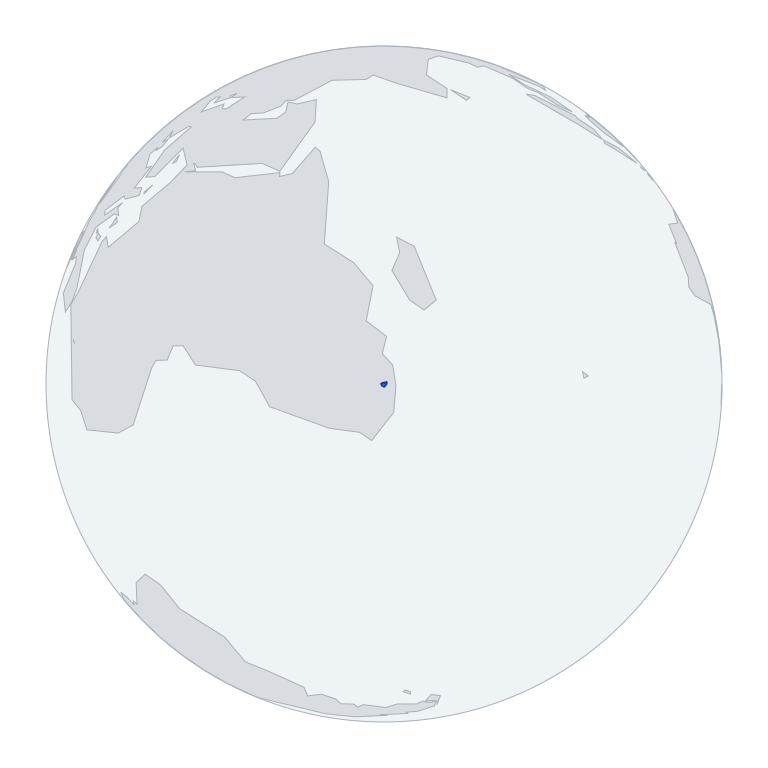 Thaba-Tseka highlighted on a globe, orthographic projection, rotated 313°
{"feature_id": "LSO-1215", "entity_name": "Thaba-Tseka", "entity_type": "District", "adm_level": 1, "iso_a3": "LSO", "parent_name": "Lesotho", "parent_adm1": "", "projection": "orthographic", "projection_center": [28.641, -29.5], "detail": "fine", "context": "on_globe", "style": "filled", "palette": "blue", "viewbox_px": 768, "rotation_deg": 313, "n_neighbors": 0, "source": "natural_earth", "source_scale": "10m", "svg_char_len": 5845}
<svg xmlns="http://www.w3.org/2000/svg" viewBox="0 0 768 768"><g transform="rotate(313 384 384)"><circle cx="384" cy="384" r="338" fill="#eef3f6" stroke="#a8b0b8"/><path d="M48.9,340.7L48.8,341.2L52.2,333.5L52.9,342.3L51.9,352.1L54.4,348.5L54.5,353.6L69.7,338.2L82.0,339.1L84.6,357.3L80.3,387.9L90.2,440.0L86.2,472.0L94.5,493.6L107.6,532.1L103.9,541.0L114.6,550.0L120.5,563.2L120.8,570.6L129.2,580.1L129.8,585.4L135.3,587.4L148.6,606.0L159.2,612.0L172.1,626.0L179.0,628.9L179.4,631.0L182.9,635.1L187.4,637.9L183.0,640.5L167.7,631.9L159.0,624.0L159.2,626.0L139.3,606.5L144.1,612.6L120.8,589.7L103.1,566.3L69.7,507.4L66.5,499.6L58.3,474.0L52.2,447.8L48.1,421.2L46.2,394.4L46.5,367.5L48.9,340.7ZM194.5,637.8L185.3,641.5L188.6,638.7L180.6,630.5L189.1,630.2L194.5,637.8ZM175.3,615.0L172.1,607.8L174.3,607.8L177.0,612.9L175.3,615.0ZM355.0,47.3L342.4,49.4L332.0,51.0L330.2,50.4L355.0,47.3ZM694.0,249.4L694.2,250.0L708.4,289.5L710.5,297.8L708.9,301.7L707.6,294.9L695.6,264.3L698.6,282.2L707.8,310.9L711.2,336.0L706.3,320.5L702.3,298.3L698.0,286.9L695.5,270.2L684.8,240.1L679.6,236.5L676.5,227.0L661.1,200.0L651.6,195.0L639.0,204.2L643.1,228.6L636.2,234.9L613.3,189.7L602.6,165.4L594.6,163.3L570.8,138.9L530.4,124.9L524.5,118.9L516.9,119.1L500.1,111.0L491.0,102.4L480.9,101.0L505.4,124.5L516.1,126.6L524.8,121.3L529.6,129.5L545.8,140.6L528.7,154.8L468.5,162.7L462.3,144.5L415.1,99.6L416.4,95.7L416.2,95.2L415.6,94.4L411.5,100.7L403.3,93.6L428.8,121.1L433.2,134.3L467.6,163.7L464.5,166.1L475.5,173.4L510.3,172.3L510.6,178.5L494.3,205.5L445.7,244.9L452.1,278.9L448.4,308.9L418.0,327.9L420.6,353.4L404.9,362.1L403.8,377.3L391.1,393.7L370.0,410.4L334.2,413.5L332.0,399.1L314.1,373.8L289.4,315.9L298.4,288.2L295.2,269.2L269.3,233.2L275.0,211.0L268.0,203.8L253.7,209.1L245.7,201.1L237.0,203.2L183.0,228.5L166.8,223.0L147.9,198.0L157.7,180.3L159.9,166.4L228.4,100.9L242.5,97.8L296.0,80.6L302.6,80.5L295.8,89.1L335.6,94.0L348.9,85.8L385.4,90.3L409.9,90.6L419.5,76.1L379.3,74.9L372.8,68.7L405.3,64.0L440.5,67.6L439.1,65.4L417.3,59.1L425.7,56.9L409.7,57.1L415.9,59.2L406.1,59.9L399.8,58.1L403.0,57.1L392.5,56.1L379.8,62.5L384.7,65.4L357.0,67.7L362.5,73.0L354.9,76.3L342.6,68.6L344.1,65.6L321.0,61.5L316.9,64.5L338.4,69.1L331.5,69.2L326.2,75.0L324.8,70.8L302.4,66.4L277.6,73.5L245.3,93.7L231.0,99.7L219.3,102.0L231.8,87.5L262.4,76.0L267.2,72.1L261.7,71.2L271.5,68.3L273.0,66.9L284.6,63.5L301.7,57.5L313.6,54.9L320.9,52.2L328.1,50.9L321.7,52.5L323.6,52.9L353.3,49.2L359.2,48.3L361.6,47.3L369.5,47.0L368.0,46.5L385.4,46.1L373.5,46.2L397.2,46.3L420.8,48.1L444.3,51.5L467.4,56.5L490.2,63.2L512.4,71.4L534.0,81.2L554.8,92.4L574.9,105.1L593.9,119.2L612.0,134.6L628.9,151.1L644.6,168.9L659.0,187.7L672.1,207.4L683.8,228.1L694.0,249.4ZM204.6,126.2L202.6,130.2L204.6,126.2ZM478.0,81.2L498.9,86.3L489.0,76.8L496.3,78.4L490.2,74.9L488.2,76.2L473.4,68.0L482.3,68.4L479.5,65.8L472.3,64.0L458.5,64.8L479.6,76.0L475.0,78.0L478.0,81.2ZM270.4,65.8L273.6,64.7L268.7,66.6L253.6,72.4L260.5,69.5L266.5,67.2L270.4,65.8ZM286.6,60.4L284.5,61.1L291.2,60.1L287.4,61.9L261.6,70.2L272.2,66.1L267.9,67.2L279.9,62.8L281.1,62.1L286.6,60.4ZM310.4,76.6L315.6,76.1L323.7,74.7L320.5,78.7L310.4,76.6ZM294.7,73.5L299.4,72.2L298.8,76.2L293.5,77.2L294.7,73.5ZM302.5,68.5L299.7,71.8L298.1,70.6L302.5,68.5ZM326.1,51.7L331.2,50.8L331.5,50.9L328.5,51.7L326.1,51.7ZM412.4,78.0L405.1,80.5L401.4,79.0L404.7,78.4L412.4,78.0ZM360.4,77.7L372.0,79.1L359.4,78.8L360.4,77.7ZM528.4,520.8L529.2,527.9L524.6,526.4L528.4,520.8ZM505.3,312.2L481.0,364.9L465.3,362.8L463.0,345.2L472.4,312.4L490.8,305.9L500.0,293.0L505.3,312.2ZM717.2,433.8L716.6,441.0L716.3,442.2L717.2,433.8ZM718.1,422.8L718.0,429.9L717.5,424.7L718.1,422.8ZM717.8,432.7L717.7,436.9L717.6,437.7L717.2,440.0L717.8,432.7ZM717.9,418.4L713.4,394.1L710.5,381.1L712.1,378.1L716.6,394.4L717.9,418.4ZM711.8,377.2L706.3,349.1L692.8,290.3L697.8,297.3L710.7,340.9L710.1,344.0L713.4,363.7L711.8,377.2ZM721.9,381.6L721.6,385.6L720.8,397.4L719.1,382.8L717.8,374.7L717.1,353.9L717.6,347.8L718.9,352.9L719.8,346.5L721.9,381.6ZM644.6,231.8L652.1,251.3L647.8,250.9L644.6,231.8ZM605.3,639.4L598.8,644.7L601.4,642.2L614.0,631.3L606.9,638.0L605.3,639.4ZM622.9,623.0L622.7,623.1L630.8,614.3L646.8,596.1L646.1,596.2L652.0,589.6L648.6,592.9L658.1,580.3L665.1,568.8L660.6,551.5L662.9,540.6L669.6,533.8L686.1,499.7L686.0,502.8L695.1,483.3L701.9,489.1L709.1,476.1L707.6,481.2L700.0,503.8L690.8,525.7L680.0,547.0L667.8,567.5L654.1,587.0L639.1,605.6L622.9,623.0ZM715.3,450.5L715.4,450.0L715.5,449.5L715.3,450.5ZM721.0,409.4L720.2,417.5L720.4,413.7L721.5,398.7L721.8,392.3L721.0,409.4Z" fill="#d9dde1" stroke="#a8b0b8" stroke-width="1"/><path d="M387.3,384.2L387.3,384.3L387.3,384.5L387.2,384.8L386.8,384.9L386.7,385.0L386.5,385.3L386.4,385.5L386.2,385.5L386.1,385.4L385.9,385.4L385.9,385.5L385.8,385.8L385.8,386.0L385.7,386.1L385.4,386.1L385.0,385.9L384.9,385.8L384.7,385.8L384.7,386.0L384.4,386.1L384.2,386.2L384.2,385.9L384.0,385.7L383.9,385.7L383.7,385.6L383.3,385.7L383.3,385.8L383.2,385.8L382.9,386.0L382.7,386.1L382.4,386.2L382.4,386.3L382.2,386.3L382.1,386.2L381.9,386.1L381.8,385.7L381.9,385.4L381.7,385.2L381.6,384.9L381.4,384.1L381.4,383.9L381.2,383.8L381.2,383.7L381.3,383.4L381.5,383.3L381.7,383.0L381.8,382.9L382.1,382.6L382.2,382.4L382.1,382.2L382.1,381.8L382.1,381.7L382.3,381.7L382.4,381.8L382.5,381.8L382.4,381.9L382.5,381.9L382.5,382.0L382.7,382.5L382.8,382.7L382.9,382.8L383.0,382.8L383.3,382.9L383.5,383.1L383.8,383.1L383.8,382.9L383.6,382.7L383.8,382.5L384.2,382.2L384.3,382.2L384.4,382.3L384.2,382.8L384.2,383.0L384.3,383.0L384.5,383.1L384.8,383.1L384.8,383.3L384.8,383.5L384.8,383.8L384.7,383.8L384.8,383.9L385.0,383.9L385.3,384.0L385.6,384.0L385.8,384.0L385.9,383.9L385.9,384.0L386.1,384.0L386.3,384.1L386.5,384.3L386.7,384.5L386.7,384.4L386.8,384.4L387.0,384.3L387.1,384.2L387.3,384.2L387.3,384.2Z" fill="#3b82f6" stroke="#1e3a8a" stroke-width="1.5"/></g></svg>